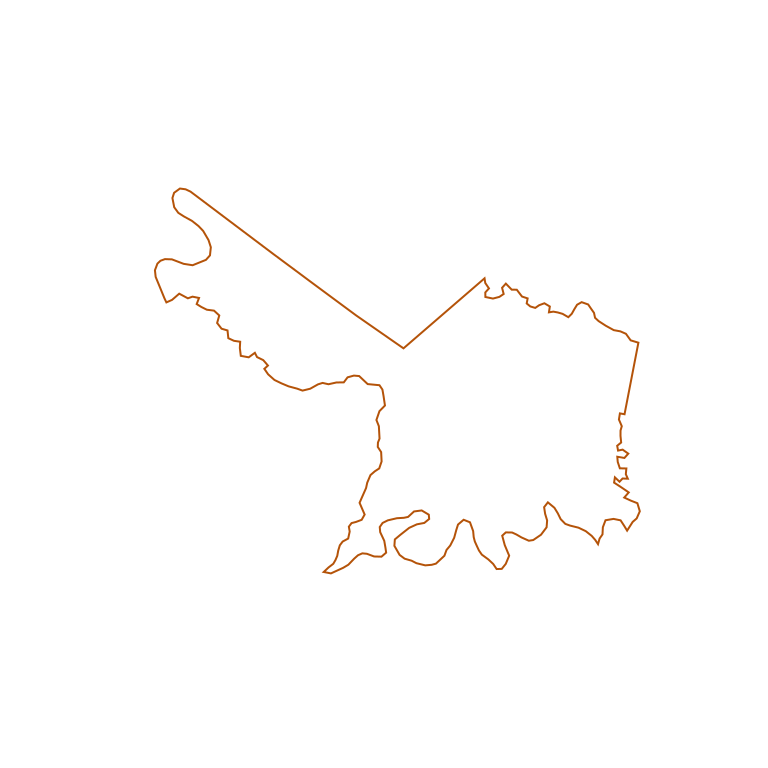 outline of São João, Paraná, Brazil, rotated 307°
{"feature_id": "56859067B79331660525337", "entity_name": "São João", "entity_type": "district", "adm_level": 2, "iso_a3": "BRA", "parent_name": "Brazil", "parent_adm1": "Paraná", "projection": "robinson", "projection_center": [-52.816, -25.741], "detail": "fine", "context": "isolated", "style": "outline", "palette": "amber", "viewbox_px": 768, "rotation_deg": 307, "n_neighbors": 0, "source": "geoboundaries", "source_scale": "gbopen_adm2", "svg_char_len": 3370}
<svg xmlns="http://www.w3.org/2000/svg" viewBox="0 0 768 768"><g transform="rotate(307 384 384)"><path d="M528.9,400.7L424.2,378.1L422.0,320.4L421.6,275.0L421.5,263.2L421.4,245.0L421.2,217.0L421.2,113.7L420.1,108.4L417.3,103.4L410.4,101.3L405.2,103.1L398.9,110.1L396.9,116.7L397.4,123.3L398.7,132.5L398.5,140.9L397.4,147.5L393.3,157.3L389.0,163.4L382.0,167.6L376.0,167.1L363.7,159.7L359.4,151.7L355.9,139.6L351.9,133.9L347.9,131.3L343.8,130.6L337.0,132.6L332.1,137.2L326.9,146.0L320.3,157.1L318.2,161.1L323.6,164.1L328.2,165.1L332.9,166.1L334.4,175.8L338.5,178.5L341.4,184.5L335.1,186.3L335.6,191.8L336.7,197.8L340.3,204.1L339.6,211.2L332.3,214.0L330.4,221.0L332.6,226.8L326.9,232.1L328.2,238.2L331.2,243.7L326.0,247.2L320.3,252.7L323.9,259.9L331.2,262.1L329.1,266.4L330.4,273.2L328.9,280.2L324.1,279.3L322.0,285.6L321.3,294.1L322.8,301.7L324.7,309.2L328.0,317.4L329.7,322.9L335.8,327.9L344.0,331.5L347.9,334.3L350.4,339.8L356.6,345.1L361.1,350.9L367.4,350.9L372.6,354.9L375.4,359.4L374.1,371.0L380.3,381.1L378.6,386.1L374.1,390.9L367.4,397.7L359.6,396.7L350.7,399.6L347.2,405.3L337.7,413.3L333.6,414.4L330.0,416.9L327.9,422.7L320.7,428.7L313.7,431.0L308.7,429.2L303.1,428.0L295.1,430.0L290.1,432.3L278.5,435.0L274.4,436.0L268.1,447.1L262.1,447.9L256.9,444.6L253.4,441.8L248.9,441.8L245.5,445.4L239.0,448.4L233.3,445.8L228.6,445.8L223.4,447.7L218.6,450.1L214.1,451.2L209.9,451.7L204.1,450.1L197.6,449.0L200.8,455.6L212.6,462.0L218.2,464.3L226.6,465.3L231.6,466.3L235.7,468.6L238.1,472.5L240.3,479.9L244.6,485.9L250.6,487.2L254.1,483.7L258.9,478.6L263.4,470.1L267.2,466.7L272.2,466.5L277.4,469.1L284.6,475.1L289.1,480.4L292.3,483.2L300.3,484.7L305.7,490.2L306.6,498.4L303.4,501.3L297.3,499.8L291.7,494.7L284.3,490.7L273.3,487.8L266.4,486.2L261.0,489.7L256.9,499.3L256.9,505.6L259.5,512.4L260.4,517.7L264.0,526.1L268.3,530.9L271.8,533.6L283.2,535.6L289.1,533.8L294.9,534.1L303.4,532.6L310.9,529.6L316.3,527.7L323.5,529.3L325.3,535.9L320.2,543.7L315.7,547.8L312.9,551.3L310.7,555.3L308.2,560.0L306.6,564.8L306.7,572.9L306.0,579.5L304.0,585.3L307.2,589.3L313.6,589.5L322.2,587.3L328.0,577.4L334.0,569.7L338.8,570.6L342.5,575.7L343.5,580.3L344.2,586.1L346.0,594.0L349.2,597.1L358.1,600.1L362.4,600.1L367.4,600.1L373.2,596.4L377.3,590.8L382.0,586.0L388.1,586.1L387.7,594.6L385.3,600.7L382.4,606.4L381.4,613.0L382.9,617.8L386.3,625.8L387.9,633.7L387.7,641.3L386.6,646.5L384.9,651.3L390.3,649.2L395.4,649.0L401.3,645.0L408.5,642.9L414.4,648.5L417.5,655.0L415.3,661.1L413.2,666.4L423.5,665.6L428.7,666.7L436.3,664.9L441.3,658.1L439.4,651.3L437.9,644.2L444.7,644.7L444.3,635.7L443.7,627.1L448.4,624.6L447.7,630.9L452.1,631.4L455.1,635.7L457.5,631.4L462.4,628.4L458.6,623.1L462.4,617.6L466.3,614.1L469.6,620.5L475.4,621.0L475.2,614.1L471.7,611.0L475.0,607.4L480.0,608.6L484.9,604.1L489.2,600.9L493.4,599.3L497.0,593.0L502.5,590.1L504.6,594.3L570.1,562.3L567.3,554.7L569.7,547.0L568.3,541.1L565.3,535.1L564.0,526.0L563.4,517.5L563.9,512.7L567.2,508.9L568.8,503.9L570.4,499.2L568.3,492.6L563.5,490.5L558.2,491.0L553.1,491.7L548.3,491.0L547.5,484.4L545.7,479.7L543.7,475.7L540.5,472.6L545.7,469.8L545.0,463.5L540.3,460.5L535.8,459.0L534.0,454.2L534.2,449.5L538.8,447.2L536.9,441.6L539.2,433.3L536.2,429.2L537.5,420.9L531.9,420.4L527.9,425.4L523.0,423.7L517.8,419.6L514.5,412.6L518.1,409.8L523.5,410.3L525.6,404.1L528.9,400.7Z" fill="none" stroke="#b45309" stroke-width="2"/></g></svg>